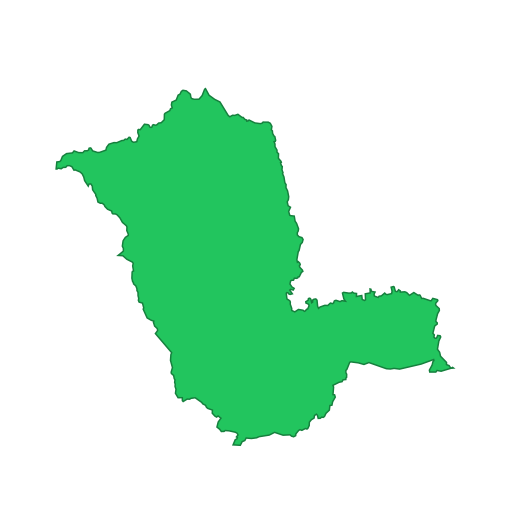 outline of Uiramutã, Roraima, Brazil, rotated 337°
{"feature_id": "56859067B11368359253245", "entity_name": "Uiramutã", "entity_type": "district", "adm_level": 2, "iso_a3": "BRA", "parent_name": "Brazil", "parent_adm1": "Roraima", "projection": "natural_earth1", "projection_center": [-60.205, 4.716], "detail": "fine", "context": "isolated", "style": "filled", "palette": "green", "viewbox_px": 512, "rotation_deg": 337, "n_neighbors": 0, "source": "geoboundaries", "source_scale": "gbopen_adm2", "svg_char_len": 6096}
<svg xmlns="http://www.w3.org/2000/svg" viewBox="0 0 512 512"><g transform="rotate(337 256 256)"><path d="M391.5,435.5L390.9,432.3L388.9,430.4L389.8,428.4L386.7,420.4L387.4,416.4L386.6,412.7L391.1,405.7L394.4,402.7L394.3,401.3L392.2,400.1L390.5,401.8L389.5,402.1L388.5,401.4L388.1,400.1L389.3,398.3L388.6,396.3L393.1,390.3L396.3,389.4L396.7,388.2L396.0,386.7L396.6,385.3L400.6,380.1L403.5,377.8L404.1,376.0L402.3,371.9L402.4,370.8L403.1,369.6L405.9,368.2L406.0,367.1L402.2,364.1L399.8,365.6L399.0,365.3L393.4,360.3L391.9,359.8L391.7,356.2L390.9,355.5L389.9,355.6L387.0,351.3L381.9,352.2L380.4,348.5L379.0,347.1L374.7,345.6L375.2,344.5L374.1,342.8L372.3,343.9L371.2,343.6L370.5,342.8L371.1,338.5L370.6,337.8L368.2,337.5L367.5,341.6L366.1,343.6L361.6,342.8L360.5,341.9L360.0,340.4L355.8,341.7L353.6,341.1L352.3,341.9L349.3,339.1L349.8,337.2L351.5,335.7L348.4,333.6L348.8,331.5L348.1,330.9L346.7,334.6L341.8,333.5L339.7,339.1L338.4,339.3L336.8,337.5L337.9,333.7L332.6,332.5L333.9,329.8L331.4,328.3L330.6,326.8L329.4,327.3L327.0,326.5L322.5,323.7L321.1,323.9L320.1,329.9L320.7,332.6L317.7,330.7L315.5,330.8L312.4,328.1L311.5,327.9L310.5,328.0L309.1,329.5L308.0,329.8L306.1,328.4L302.7,329.6L300.1,328.3L295.0,328.0L293.1,328.6L293.1,326.3L294.9,320.5L294.3,318.9L292.4,318.4L291.0,318.7L290.0,320.7L288.9,320.8L289.6,317.5L289.3,316.2L288.5,315.6L287.5,315.8L286.7,317.1L284.0,317.5L283.6,318.8L285.2,320.5L285.6,321.7L285.2,322.7L282.8,325.0L281.8,324.8L279.9,325.8L279.0,325.9L278.1,324.3L274.2,321.8L269.9,322.6L267.6,320.1L268.4,318.2L268.7,313.7L269.6,311.8L269.6,310.4L267.7,307.6L269.3,302.1L270.0,301.7L271.0,302.3L271.4,303.8L272.4,304.7L274.7,305.0L273.7,300.6L274.8,300.2L277.0,301.9L278.5,300.7L277.0,298.6L276.3,295.0L278.1,292.5L279.3,292.3L281.1,292.9L282.6,291.4L284.8,292.5L286.0,292.4L286.6,291.7L287.7,292.0L291.4,288.8L293.1,288.5L293.2,287.1L291.9,283.5L292.1,282.0L293.3,281.3L293.5,279.8L292.7,277.7L291.7,277.9L292.2,275.3L296.6,268.5L297.7,267.9L301.4,262.8L303.9,261.6L305.8,259.2L305.5,257.0L303.1,255.0L302.3,252.8L303.1,250.7L304.6,249.5L305.8,247.6L306.1,241.8L305.6,239.2L306.8,234.2L303.6,232.4L303.0,231.7L303.1,230.5L303.5,227.7L306.8,224.6L305.2,222.3L305.9,218.3L307.8,216.8L309.3,214.2L310.5,208.4L310.3,204.7L311.6,202.0L311.2,199.8L312.6,194.2L312.6,190.6L313.4,189.9L313.6,186.8L315.2,183.8L314.7,182.9L315.0,179.7L315.9,179.7L316.0,178.6L314.8,174.8L316.7,170.7L315.9,168.7L316.7,166.7L316.2,162.8L317.2,160.4L317.3,157.8L318.5,158.0L319.3,157.2L320.0,153.4L319.4,152.4L319.2,149.6L320.0,147.2L319.4,145.9L321.3,142.9L321.0,139.4L319.6,137.6L314.8,135.5L313.7,136.1L311.8,135.9L307.0,133.1L302.7,128.1L301.3,128.6L300.2,128.2L300.6,127.2L299.2,126.0L298.3,123.4L297.3,123.0L294.7,118.5L291.4,118.3L289.5,117.3L286.3,117.6L285.3,115.7L283.0,100.1L279.2,95.7L275.6,89.7L274.9,82.2L273.9,82.4L269.1,87.3L264.7,89.4L260.2,87.5L258.4,86.0L258.0,84.7L258.8,81.4L256.4,76.8L253.5,74.9L251.6,75.3L249.3,77.3L247.2,77.5L243.5,81.3L238.7,81.5L237.1,83.9L236.8,86.9L234.8,87.1L233.5,88.5L228.1,89.1L227.1,89.7L224.8,94.7L220.8,96.3L218.3,95.6L215.9,96.5L214.7,96.4L212.8,95.0L211.8,95.2L210.6,96.6L209.5,96.6L208.6,95.7L208.6,93.9L207.9,92.9L204.8,91.1L198.8,94.5L197.3,93.6L196.5,93.9L195.4,96.3L195.2,99.9L192.7,101.8L190.9,104.2L187.7,103.5L186.4,101.8L186.4,97.8L185.6,97.1L182.8,98.3L181.3,97.3L179.4,97.9L177.6,97.3L172.1,97.3L169.5,96.1L164.3,95.6L160.9,97.6L159.2,99.9L152.5,99.5L150.6,98.8L146.7,95.4L146.2,92.2L145.6,91.7L144.4,91.6L143.4,93.0L141.8,93.2L139.3,92.2L136.9,93.2L133.1,91.5L129.6,88.2L127.3,89.4L121.6,87.7L116.8,88.7L113.7,91.8L112.3,92.4L109.4,91.6L106.0,97.8L106.8,98.2L108.1,97.8L110.8,99.6L113.0,99.1L115.5,100.0L117.5,99.1L119.7,100.0L121.4,101.8L122.0,105.9L123.2,106.1L126.9,109.9L128.1,112.5L128.3,116.1L127.7,119.7L128.9,126.1L130.4,124.5L132.1,125.1L132.6,127.6L131.5,131.2L132.6,136.8L132.1,137.8L132.3,140.7L131.6,144.6L133.3,146.6L135.0,147.3L136.2,149.4L136.3,151.5L137.6,154.9L140.7,158.2L140.3,160.3L140.7,161.3L143.0,162.3L144.2,163.7L145.6,167.6L146.2,172.9L148.5,177.5L148.5,179.0L147.0,182.1L147.0,185.9L146.4,187.2L143.0,187.8L139.6,190.1L136.8,194.7L136.9,197.2L135.8,199.7L129.3,201.6L133.5,203.7L135.8,208.5L139.8,213.3L140.1,214.8L138.6,216.9L137.4,222.0L136.2,221.9L135.6,222.6L133.1,227.9L132.4,231.5L132.8,232.4L132.4,233.8L133.7,236.6L133.6,239.6L132.9,241.4L133.2,243.3L131.9,246.5L131.5,249.1L130.4,250.9L130.4,252.8L133.1,255.0L132.4,259.9L131.4,260.8L131.6,270.5L134.5,274.3L136.5,276.0L135.7,276.9L135.3,280.9L136.8,284.3L136.3,286.2L133.1,288.1L140.6,312.0L139.1,313.6L136.5,318.7L135.5,326.1L132.5,329.8L132.2,331.1L133.5,333.8L132.8,337.1L133.1,338.2L131.7,340.6L131.6,342.3L130.5,344.5L130.3,347.4L128.2,350.9L128.9,356.0L132.8,357.6L131.7,360.4L132.1,361.5L136.7,360.8L139.0,361.9L140.4,361.6L144.6,362.7L148.8,369.5L149.2,371.3L151.2,373.7L151.3,376.0L152.1,377.5L155.7,380.8L154.3,383.6L155.6,387.3L156.8,388.9L158.6,388.4L160.4,391.6L156.4,394.0L153.2,398.2L154.9,401.4L155.5,404.0L158.1,405.0L159.4,404.6L162.9,406.4L168.2,410.2L169.4,411.8L169.5,413.7L167.3,414.9L167.9,415.8L166.9,416.9L165.1,417.0L161.1,420.9L167.6,424.1L170.7,421.5L173.6,421.5L175.8,419.7L180.5,422.2L185.6,423.6L188.2,423.5L198.2,426.0L204.2,425.6L210.9,431.5L217.4,433.9L218.3,435.7L220.0,437.1L222.3,436.9L223.2,435.3L227.0,433.3L228.5,433.0L230.1,434.4L234.0,434.1L235.3,435.2L236.3,435.0L238.7,432.9L240.2,429.8L243.1,428.3L246.1,427.9L247.5,425.7L249.8,425.2L250.3,426.7L249.8,429.8L251.7,430.5L253.5,430.0L254.8,430.8L256.3,430.5L258.9,428.2L263.3,426.5L265.6,422.5L267.6,423.0L269.6,420.1L273.8,416.9L274.1,414.5L272.7,413.7L276.2,407.0L276.3,405.1L283.2,404.7L286.1,405.3L287.8,404.0L290.4,404.8L291.0,403.5L292.0,403.1L293.3,400.2L293.1,398.9L293.9,396.5L295.3,395.9L300.7,390.5L301.9,390.5L308.4,394.3L313.0,398.0L318.3,398.2L332.0,410.7L335.5,412.5L339.2,413.4L344.0,416.2L365.8,420.0L379.1,420.7L378.9,421.8L377.6,422.4L375.5,425.2L371.0,428.8L370.6,430.7L376.2,433.1L377.9,432.1L381.4,434.4L391.5,435.5ZM394.0,436.3L393.4,435.3L391.5,435.5L394.0,436.3Z" fill="#22c55e" stroke="#15803d" stroke-width="1.5"/></g></svg>